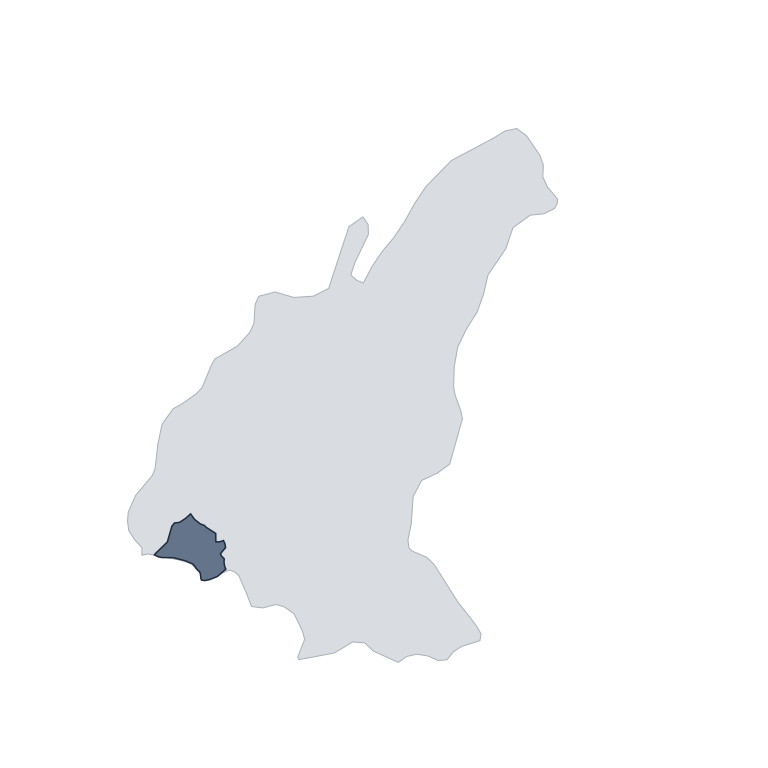 Dajabón on a map of Dominican Republic (orthographic projection), rotated 293°
{"feature_id": "DOM-1966", "entity_name": "Dajabón", "entity_type": "Province", "adm_level": 1, "iso_a3": "DOM", "parent_name": "Dominican Republic", "parent_adm1": "", "projection": "orthographic", "projection_center": [-71.618, 19.433], "detail": "fine", "context": "in_parent", "style": "filled", "palette": "slate", "viewbox_px": 768, "rotation_deg": 293, "n_neighbors": 0, "source": "natural_earth", "source_scale": "10m", "svg_char_len": 2067}
<svg xmlns="http://www.w3.org/2000/svg" viewBox="0 0 768 768"><g transform="rotate(293 384 384)"><path d="M133.3,505.9L134.0,478.6L138.2,467.5L134.3,455.9L117.0,443.4L106.4,427.5L97.0,413.3L99.1,411.3L118.0,410.7L124.6,405.5L137.3,391.1L139.9,379.4L138.8,370.6L130.6,360.1L127.4,349.0L137.5,339.3L150.9,325.2L152.7,319.8L152.4,314.4L136.9,299.5L135.8,293.1L143.1,277.0L142.4,266.3L135.2,232.9L131.8,228.0L138.7,225.2L143.2,215.2L149.3,206.4L157.3,201.6L166.3,198.6L184.4,198.9L209.4,206.5L216.4,206.4L240.4,199.3L260.3,195.4L279.0,199.7L286.6,205.7L302.1,215.2L309.9,218.0L334.3,217.7L341.0,218.6L361.6,234.2L379.0,240.3L389.0,240.6L406.9,234.3L415.8,234.4L426.2,247.9L428.4,267.1L437.2,284.6L450.4,295.7L515.0,290.2L529.6,299.3L524.7,307.0L515.7,311.2L484.9,309.8L471.4,310.8L468.8,318.5L468.8,325.5L486.8,327.0L504.6,330.4L522.6,335.8L541.0,339.4L561.6,341.6L582.0,345.4L616.1,358.7L654.1,389.5L664.2,396.5L671.0,406.3L668.1,418.5L655.0,438.6L647.6,445.2L636.6,449.3L629.1,457.6L622.0,471.6L617.5,472.9L612.3,472.4L603.1,464.6L596.5,452.6L578.2,441.6L556.7,443.3L524.9,437.1L505.7,440.6L486.5,441.6L466.8,438.4L447.0,437.4L427.3,441.9L408.2,449.4L401.2,454.1L389.0,465.5L382.5,469.8L335.9,475.8L322.4,467.6L309.9,456.3L291.9,454.8L266.0,463.7L249.7,467.0L243.1,470.8L241.2,475.1L241.2,491.0L237.5,500.6L212.2,537.2L197.9,562.9L192.0,570.9L185.2,572.6L172.7,557.9L164.7,552.5L154.8,549.8L150.6,541.9L150.8,530.8L148.2,519.9L142.1,511.4L133.3,505.9Z" fill="#d9dde1" stroke="#a8b0b8" stroke-width="1"/><path d="M136.4,300.5L135.8,299.9L133.0,295.9L132.2,292.6L133.2,291.6L137.4,289.2L138.9,288.0L140.9,283.0L141.8,282.0L143.6,278.2L143.7,270.8L141.8,257.9L137.5,247.5L136.7,243.8L137.0,239.4L138.8,239.9L153.9,246.3L170.3,244.3L174.2,245.4L176.6,249.7L182.5,253.7L188.9,256.7L185.3,262.7L183.4,269.7L183.7,273.5L182.5,277.0L180.7,287.5L173.0,290.9L174.6,294.5L177.2,297.4L174.6,300.2L171.4,302.1L167.6,300.9L163.8,299.8L161.9,302.1L160.7,305.2L157.4,306.4L154.3,308.3L151.7,310.8L141.6,305.8L136.4,300.5Z" fill="#64748b" stroke="#1e293b" stroke-width="1.5"/></g></svg>